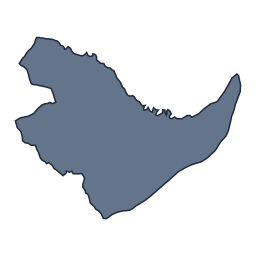 the district of Mundo Novo, Mato Grosso do Sul, Brazil
{"feature_id": "56859067B58386518571504", "entity_name": "Mundo Novo", "entity_type": "district", "adm_level": 2, "iso_a3": "BRA", "parent_name": "Brazil", "parent_adm1": "Mato Grosso do Sul", "projection": "mercator", "projection_center": [-54.282, -23.941], "detail": "fine", "context": "isolated", "style": "filled", "palette": "slate", "viewbox_px": 256, "rotation_deg": 0, "n_neighbors": 0, "source": "geoboundaries", "source_scale": "gbopen_adm2", "svg_char_len": 2688}
<svg xmlns="http://www.w3.org/2000/svg" viewBox="0 0 256 256"><path d="M236.9,74.0L232.0,78.0L224.8,91.1L217.4,101.4L214.6,102.7L212.0,103.4L210.2,104.1L208.4,105.6L206.2,107.2L204.2,108.6L201.1,111.4L199.3,113.3L197.5,114.5L194.2,116.0L191.9,117.3L189.9,115.5L187.0,115.5L184.5,117.2L181.7,118.8L179.8,118.8L177.3,118.8L174.8,117.0L171.7,118.8L169.5,118.0L169.5,115.7L171.3,113.9L169.9,111.0L167.9,109.6L166.6,111.3L167.0,113.3L166.3,115.2L165.2,112.9L164.8,110.0L162.7,109.8L162.5,113.1L159.9,114.3L157.5,115.9L155.6,114.6L156.9,111.7L158.4,110.1L155.9,109.8L153.6,107.7L152.9,109.6L152.4,112.3L149.8,110.8L148.1,107.3L146.5,109.9L143.8,110.0L143.7,107.7L145.1,105.4L142.6,105.8L140.9,104.1L139.3,101.6L136.9,100.7L135.6,99.1L134.5,97.2L132.8,95.7L130.2,96.1L128.1,95.6L126.7,93.7L125.8,91.9L124.7,89.2L122.5,87.0L121.6,85.1L120.6,82.7L119.1,80.6L116.9,78.0L115.9,75.5L114.6,72.6L113.8,70.6L112.1,69.9L110.0,67.9L108.1,67.9L106.4,66.9L104.8,65.6L103.8,63.5L100.6,63.3L98.7,61.6L96.6,60.0L96.5,56.5L95.3,54.7L93.0,53.7L92.2,56.0L89.7,56.5L87.6,54.9L86.7,52.5L84.3,55.0L82.2,55.8L80.3,55.6L78.1,54.9L73.9,53.5L71.9,51.5L70.4,48.2L68.0,46.6L66.3,48.8L64.5,49.1L63.6,46.5L60.8,45.3L59.2,43.0L57.3,41.1L55.3,40.5L52.8,39.5L50.6,39.2L48.5,38.8L45.3,38.7L43.4,38.1L41.2,38.0L38.8,37.4L36.6,37.6L35.6,39.5L34.7,43.0L32.9,45.8L31.3,48.2L29.0,50.2L26.8,52.6L25.6,54.7L24.3,56.7L22.8,58.0L21.1,60.6L19.2,63.6L21.2,65.5L23.3,66.4L26.8,69.5L28.4,74.1L29.0,76.9L29.6,79.2L31.3,83.8L33.7,84.6L36.1,84.8L43.8,86.5L46.2,87.0L51.1,88.5L53.0,93.2L54.3,97.7L55.8,102.3L52.6,103.5L49.7,102.4L47.6,103.5L45.1,103.8L42.5,104.6L38.9,107.6L37.2,109.3L35.4,111.5L33.9,113.4L31.7,114.5L28.6,116.1L25.2,116.9L22.4,117.4L19.8,118.1L15.4,120.9L17.3,127.7L19.3,129.8L20.9,131.7L22.3,136.9L22.6,140.7L24.9,142.7L28.5,143.4L30.8,145.1L33.3,145.3L35.4,145.4L36.4,148.2L37.2,150.2L38.4,152.2L39.6,155.9L40.3,157.9L41.9,160.0L44.7,161.4L46.8,163.6L48.5,162.6L52.0,165.1L54.1,168.5L56.7,170.2L59.2,172.3L61.0,173.8L63.0,175.7L65.8,173.5L66.6,171.2L69.5,172.2L71.9,171.4L73.1,173.7L78.7,173.9L81.6,173.5L83.5,175.9L84.5,178.6L82.9,184.0L82.7,186.9L85.2,190.5L85.7,193.0L88.0,194.5L89.0,197.4L90.4,203.3L94.2,206.5L95.8,209.3L98.3,210.7L101.3,213.9L103.4,218.4L106.5,218.6L112.0,214.6L117.1,212.3L123.0,210.8L126.4,210.7L129.8,210.1L132.5,208.7L135.9,205.9L144.2,201.0L150.8,195.9L159.6,188.2L171.8,177.6L175.2,174.5L178.5,171.5L182.2,169.5L185.4,167.6L191.9,164.6L201.0,161.9L205.9,158.9L207.9,157.4L214.0,151.7L215.8,149.7L220.4,142.2L226.1,135.9L228.5,130.2L230.9,120.1L231.7,116.0L232.6,114.1L234.1,109.6L235.4,104.4L240.2,91.7L240.6,85.1L238.5,75.6L236.9,74.0Z" fill="#64748b" stroke="#1e293b" stroke-width="1.5"/></svg>